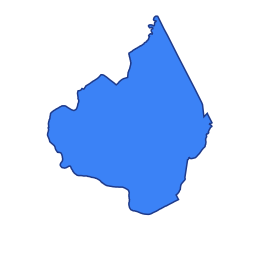 outline of Foundiougne, Fatick, Senegal, rotated 243°
{"feature_id": "50182788B85341589150678", "entity_name": "Foundiougne", "entity_type": "district", "adm_level": 2, "iso_a3": "SEN", "parent_name": "Senegal", "parent_adm1": "Fatick", "projection": "orthographic", "projection_center": [-16.407, 13.882], "detail": "fine", "context": "isolated", "style": "filled", "palette": "blue", "viewbox_px": 256, "rotation_deg": 243, "n_neighbors": 0, "source": "geoboundaries", "source_scale": "gbopen_adm2", "svg_char_len": 5752}
<svg xmlns="http://www.w3.org/2000/svg" viewBox="0 0 256 256"><g transform="rotate(243 128 128)"><path d="M41.3,140.5L46.5,140.5L46.9,142.1L46.9,142.4L47.4,143.3L48.0,144.6L48.8,145.4L49.5,146.7L51.0,147.6L51.4,147.9L53.0,149.0L53.1,149.3L53.5,149.5L54.2,150.8L54.6,151.7L55.1,153.0L55.3,153.4L55.7,154.5L56.2,155.5L57.1,156.0L57.9,156.1L72.7,166.7L72.6,167.1L73.1,168.2L73.3,168.5L73.8,168.6L73.8,169.3L73.0,169.4L72.7,169.6L72.2,170.1L71.8,171.0L71.0,174.3L71.0,174.5L71.3,175.9L72.6,179.2L72.7,179.8L75.0,184.1L75.5,185.4L75.8,185.9L76.1,187.2L76.4,188.0L76.8,188.5L77.1,188.6L77.9,189.3L78.1,189.7L80.1,191.1L81.4,191.5L82.0,191.7L82.6,192.1L82.9,192.1L84.5,193.9L84.5,194.1L86.1,194.6L86.5,194.8L87.0,195.4L86.6,196.2L86.7,196.5L86.9,197.3L87.1,197.6L87.3,197.4L87.6,197.6L88.0,197.7L88.3,198.2L89.4,199.4L89.9,200.2L91.0,201.7L91.2,202.6L91.2,203.1L91.4,203.5L92.1,203.5L92.5,203.3L92.9,203.2L94.3,202.3L94.8,202.8L94.6,203.0L94.5,203.4L94.5,205.2L103.7,205.2L105.1,205.3L103.5,200.7L115.0,205.0L117.2,205.2L132.3,205.3L169.9,205.1L192.4,205.2L199.9,205.0L213.9,205.2L214.1,205.0L214.4,204.8L215.0,203.6L215.0,202.9L214.6,201.5L213.4,200.2L212.9,199.9L212.6,199.9L212.1,200.0L211.6,200.4L211.2,201.0L210.5,201.6L210.3,201.4L210.0,200.6L210.0,200.1L209.7,199.5L207.6,198.2L207.5,197.8L207.3,197.4L208.9,196.1L209.2,195.7L209.6,195.1L210.1,193.9L210.1,193.5L210.0,192.9L209.7,192.6L209.3,192.5L207.7,192.7L207.3,192.9L207.2,193.2L207.2,193.6L207.1,194.5L206.8,195.1L206.3,195.5L205.7,195.4L205.2,195.2L205.3,194.8L205.2,194.3L205.3,193.9L204.7,193.1L204.1,192.8L203.6,192.7L202.5,192.7L202.0,192.8L201.3,192.7L201.0,192.5L200.7,192.1L201.7,191.0L201.8,190.6L201.2,188.7L200.9,188.3L200.6,188.2L199.8,188.6L199.7,188.4L199.1,187.9L198.4,186.9L198.1,186.8L197.7,186.6L197.5,186.2L197.4,185.7L197.4,185.3L197.1,184.8L196.9,183.9L196.5,183.7L196.4,182.3L196.5,181.8L196.4,181.3L196.0,180.6L195.8,180.4L195.7,180.0L195.7,179.0L195.6,178.6L195.5,178.3L195.3,176.9L195.5,176.6L195.6,176.2L195.4,175.9L195.4,174.9L195.2,174.4L195.3,173.9L195.3,173.5L195.1,172.4L195.2,171.8L195.1,171.0L195.2,170.7L195.0,170.4L195.1,169.8L195.0,169.5L195.0,168.3L194.8,167.1L194.5,166.6L194.5,164.8L194.2,163.4L194.3,163.1L194.3,162.9L193.7,162.5L193.3,162.4L193.1,162.4L193.0,162.2L192.6,162.2L192.0,162.0L191.4,161.9L191.1,161.7L190.2,161.6L189.3,161.4L188.1,161.0L187.7,161.0L187.3,160.8L186.9,160.9L186.0,160.4L185.1,160.3L184.7,160.2L184.4,160.0L184.4,159.8L183.3,159.2L182.0,158.0L181.7,157.8L180.7,156.9L180.4,156.7L179.8,156.1L179.1,155.1L178.2,154.3L177.3,153.2L177.0,153.1L176.6,152.8L175.7,152.2L173.2,150.6L174.0,146.3L173.9,144.3L173.5,142.3L173.2,141.5L173.1,140.9L172.7,140.2L172.3,139.3L171.8,137.1L172.6,136.7L173.9,136.3L179.2,133.7L183.1,132.0L186.2,130.3L187.0,129.4L187.6,128.4L187.7,127.9L187.5,127.6L186.4,124.8L185.9,122.5L185.8,120.8L185.6,119.7L185.6,117.9L185.3,116.9L185.4,116.3L185.0,114.8L184.7,111.1L184.7,110.4L184.5,109.9L184.6,109.4L183.8,108.4L183.5,107.7L182.8,106.7L182.9,106.1L183.1,105.7L183.6,105.5L184.1,104.9L183.4,103.8L183.2,102.8L183.3,101.8L183.8,100.4L183.4,100.0L182.8,99.5L182.0,98.8L177.7,97.3L177.0,96.8L176.5,96.7L175.8,96.8L174.3,96.4L174.1,96.1L173.2,95.5L172.3,94.4L170.5,93.0L169.6,92.1L168.8,91.2L168.3,90.4L168.1,89.8L168.1,87.8L168.7,87.1L170.2,85.7L172.3,84.5L172.7,84.1L173.4,83.8L174.0,83.4L174.7,83.1L175.1,82.8L175.4,82.7L175.9,82.4L176.7,81.3L176.9,80.7L177.3,80.2L177.4,79.7L177.7,79.2L177.6,77.8L177.7,76.6L177.5,75.7L177.5,74.5L177.4,74.0L177.5,73.3L177.5,72.5L177.3,71.7L177.2,69.4L177.0,68.8L176.8,67.5L176.4,66.2L176.1,65.6L174.3,64.4L174.0,64.0L173.4,63.6L172.8,63.3L171.9,62.6L171.5,62.3L171.3,61.8L170.8,61.3L170.0,60.7L169.6,60.2L169.2,60.0L168.8,59.6L168.1,59.1L167.6,58.8L166.9,58.7L165.3,57.9L164.7,57.8L164.5,57.6L164.4,56.9L163.8,56.8L163.0,56.7L162.3,56.3L161.0,55.3L160.0,54.3L159.0,53.5L158.0,53.0L153.3,52.6L151.3,52.1L148.4,53.2L148.0,53.5L147.2,53.7L146.6,54.0L145.6,54.3L144.1,54.3L142.6,53.9L141.5,53.8L139.0,54.1L138.5,54.4L138.1,54.9L138.0,54.7L137.1,56.1L136.5,56.8L134.7,57.0L132.2,56.5L131.6,56.2L130.5,55.9L129.8,55.6L129.1,55.0L128.6,54.8L127.9,53.6L127.5,52.6L126.5,51.2L125.4,50.7L124.7,50.7L123.9,50.9L123.0,51.1L122.6,51.3L122.0,52.2L121.1,53.2L120.7,54.7L120.7,55.5L120.7,56.4L120.8,58.2L120.3,59.0L120.1,59.3L118.9,59.3L118.4,59.3L117.8,59.1L117.2,59.1L116.7,59.3L116.1,59.3L115.2,59.4L114.8,59.2L114.2,59.4L113.6,59.4L113.0,59.6L112.4,59.6L110.8,60.3L110.4,60.6L109.0,61.2L107.9,62.6L107.0,64.5L106.2,65.7L105.3,66.8L105.0,67.4L104.4,68.8L104.0,69.4L103.7,69.8L103.2,70.1L102.9,70.6L101.8,72.1L101.3,72.5L100.4,73.4L100.0,74.1L98.7,75.8L98.1,76.1L97.7,76.7L96.8,77.5L95.3,78.4L95.0,78.7L93.3,79.5L92.6,79.5L92.0,79.7L91.6,80.0L91.1,80.0L90.8,80.5L90.1,80.6L89.4,80.9L89.1,81.2L87.7,81.9L87.3,82.3L86.8,82.5L86.3,83.0L86.0,83.5L85.6,83.8L85.4,84.2L84.1,85.8L83.9,86.2L82.5,88.0L81.7,89.3L80.8,90.6L80.6,91.2L79.9,92.4L79.2,93.5L79.0,94.0L78.5,94.9L77.8,96.3L77.1,96.9L76.1,97.8L73.6,99.5L73.3,99.6L72.6,100.0L72.0,100.1L71.5,100.0L71.0,100.0L70.5,99.8L69.9,99.8L69.5,99.5L68.9,99.2L68.4,98.7L67.5,98.2L66.4,97.8L66.4,97.7L65.6,97.5L64.9,97.1L63.8,96.9L63.4,96.8L63.3,96.6L62.6,96.2L61.8,95.8L61.2,95.1L60.7,94.7L59.1,93.9L56.3,93.2L54.1,93.4L53.5,93.7L52.7,94.5L52.1,94.8L51.5,95.6L51.3,96.2L50.8,96.6L49.2,98.4L46.6,100.6L46.2,100.9L45.3,101.9L45.1,102.2L44.7,102.4L44.4,102.9L43.6,103.9L43.1,104.8L42.4,105.8L42.2,106.2L41.7,107.1L41.4,108.0L41.1,109.7L41.2,109.9L41.1,111.0L41.2,111.4L41.1,114.2L41.0,115.3L41.1,116.3L41.0,117.1L41.2,117.8L41.3,119.5L41.2,121.2L41.3,121.9L41.3,122.7L41.3,123.5L41.4,124.7L41.4,126.0L41.2,126.5L41.2,126.9L41.3,129.8L41.3,132.5L41.3,133.2L41.3,134.5L41.4,135.4L41.3,140.5Z" fill="#3b82f6" stroke="#1e3a8a" stroke-width="1.5"/></g></svg>